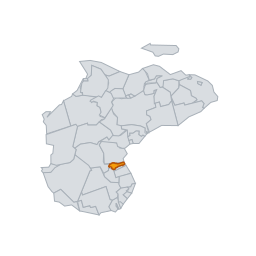 Africa, with Benin highlighted, rotated 254°
{"feature_id": "BEN", "entity_name": "Benin", "entity_type": "country or territory", "adm_level": 0, "iso_a3": "BEN", "parent_name": "Africa", "parent_adm1": "", "projection": "natural_earth1", "projection_center": [2.346, 9.3], "detail": "fine", "context": "in_parent", "style": "filled", "palette": "amber", "viewbox_px": 256, "rotation_deg": 254, "n_neighbors": 49, "source": "natural_earth", "source_scale": "50m", "svg_char_len": 11202}
<svg xmlns="http://www.w3.org/2000/svg" viewBox="0 0 256 256"><g transform="rotate(254 128 128)"><path d="M167.1,133.9L179.0,143.6L178.8,153.6L181.2,158.4L179.3,160.0L168.1,161.6L166.4,156.1L159.7,153.3L157.2,148.5L156.7,143.2L159.9,140.2L159.2,134.3L167.1,133.9Z" fill="#d9dde1" stroke="#a8b0b8" stroke-width="1"/><path d="M71.4,59.3L71.3,63.3L64.1,63.1L63.9,69.9L61.9,70.1L61.6,75.3L52.4,76.2L61.7,58.6L71.4,59.3Z" fill="#d9dde1" stroke="#a8b0b8" stroke-width="1"/><path d="M156.7,143.2L159.7,153.3L155.1,153.7L154.1,162.3L156.9,163.3L157.0,166.2L151.4,161.8L140.2,160.5L139.3,150.5L135.6,149.6L133.2,152.3L129.7,152.5L127.1,146.8L117.8,146.6L121.0,143.2L123.2,144.4L126.5,140.6L130.2,132.5L132.2,120.3L134.3,118.2L140.9,120.8L148.3,117.6L152.2,117.6L154.6,120.1L157.5,119.3L160.9,125.6L157.9,129.8L156.7,143.2Z" fill="#d9dde1" stroke="#a8b0b8" stroke-width="1"/><path d="M184.5,135.8L183.1,124.1L185.6,120.3L192.0,118.2L198.2,110.4L188.9,107.3L186.2,103.6L187.5,101.3L190.9,104.0L205.3,99.8L203.4,110.2L198.4,120.3L184.5,135.8Z" fill="#d9dde1" stroke="#a8b0b8" stroke-width="1"/><path d="M179.0,143.6L167.1,133.9L169.6,126.4L167.2,120.2L170.1,116.9L176.6,121.9L185.0,121.1L183.1,124.1L184.5,135.8L179.0,143.6Z" fill="#d9dde1" stroke="#a8b0b8" stroke-width="1"/><path d="M145.7,109.8L144.0,108.6L143.2,107.9L143.4,104.9L139.6,98.3L141.9,90.2L143.8,90.4L143.3,78.8L145.9,78.8L145.7,73.5L172.0,73.5L173.9,82.5L176.0,84.1L172.7,86.8L171.8,95.8L167.5,103.5L167.0,108.6L164.0,99.2L161.0,105.6L157.9,104.4L155.6,106.7L150.6,106.5L146.8,104.4L144.2,108.7L145.7,109.8Z" fill="#d9dde1" stroke="#a8b0b8" stroke-width="1"/><path d="M143.4,79.9L143.8,90.4L141.9,90.2L139.6,98.3L141.8,102.1L130.8,110.7L124.7,111.9L121.7,106.3L125.1,105.2L123.0,96.4L120.6,93.6L124.4,87.7L125.6,77.8L123.2,71.2L125.4,69.8L143.4,79.9Z" fill="#d9dde1" stroke="#a8b0b8" stroke-width="1"/><path d="M126.0,206.6L127.1,205.3L130.6,207.8L133.8,206.3L134.1,196.5L136.1,202.0L137.7,201.7L141.6,197.8L146.8,198.4L155.5,189.4L159.4,189.9L160.7,195.5L160.3,199.4L158.5,199.1L157.6,201.7L158.8,203.2L162.3,201.7L160.6,207.0L151.2,217.7L145.7,220.8L138.9,220.5L133.4,223.0L129.8,221.3L129.8,214.7L126.0,206.6ZM153.5,207.6L151.5,207.3L149.0,210.0L151.3,211.8L153.5,207.6Z" fill="#d9dde1" stroke="#a8b0b8" stroke-width="1"/><path d="M153.5,207.6L151.3,211.8L149.0,210.0L151.5,207.3L153.5,207.6Z" fill="#d9dde1" stroke="#a8b0b8" stroke-width="1"/><path d="M159.4,189.9L152.5,187.8L146.7,178.0L150.7,178.5L158.1,172.1L163.8,175.3L162.9,184.7L159.4,189.9Z" fill="#d9dde1" stroke="#a8b0b8" stroke-width="1"/><path d="M155.5,189.4L146.8,198.4L141.6,197.8L137.7,201.7L136.1,202.0L134.1,196.5L134.4,188.8L136.6,188.7L136.9,179.3L146.7,178.0L152.5,187.8L155.5,189.4Z" fill="#d9dde1" stroke="#a8b0b8" stroke-width="1"/><path d="M134.4,188.8L133.8,206.3L130.6,207.8L127.1,205.3L126.0,206.6L123.7,202.6L121.9,189.5L116.5,176.8L146.3,177.5L136.9,179.3L136.6,188.7L134.4,188.8Z" fill="#d9dde1" stroke="#a8b0b8" stroke-width="1"/><path d="M52.6,95.7L50.7,92.7L54.1,88.1L57.6,87.8L62.9,93.0L64.3,98.7L52.7,98.9L52.3,96.8L59.1,95.9L52.6,95.7Z" fill="#d9dde1" stroke="#a8b0b8" stroke-width="1"/><path d="M64.3,98.7L62.9,93.0L64.1,91.0L77.8,90.7L76.1,65.7L79.5,65.7L97.3,79.6L97.3,81.3L99.8,81.0L98.4,90.5L87.8,92.0L81.2,96.0L78.0,104.1L72.1,104.6L69.7,99.1L67.3,100.3L64.3,98.7Z" fill="#d9dde1" stroke="#a8b0b8" stroke-width="1"/><path d="M52.4,76.2L61.6,75.3L61.9,70.1L63.9,69.9L64.1,63.1L71.3,63.3L71.4,59.3L79.5,65.7L76.1,65.7L77.8,90.7L64.1,91.0L62.9,93.0L57.6,87.8L53.3,89.0L54.0,78.6L52.4,76.2Z" fill="#d9dde1" stroke="#a8b0b8" stroke-width="1"/><path d="M123.2,71.2L125.6,77.8L124.4,87.7L120.6,93.6L123.0,96.4L122.1,98.6L119.6,95.7L110.5,97.7L102.5,95.0L99.5,95.8L98.3,100.8L92.5,97.6L91.1,92.2L98.4,90.5L99.8,81.0L116.8,69.6L121.6,72.2L123.2,71.2Z" fill="#d9dde1" stroke="#a8b0b8" stroke-width="1"/><path d="M96.3,114.9L100.0,95.3L110.5,97.7L119.6,95.7L123.0,99.6L116.8,113.0L111.1,114.5L109.4,118.8L103.5,120.2L100.0,114.9L96.3,114.9Z" fill="#d9dde1" stroke="#a8b0b8" stroke-width="1"/><path d="M122.8,97.6L125.1,105.2L121.7,106.3L125.1,111.2L123.0,118.9L126.3,126.8L112.0,125.4L109.4,119.6L110.0,117.0L113.1,112.9L116.8,113.0L122.8,97.6Z" fill="#d9dde1" stroke="#a8b0b8" stroke-width="1"/><path d="M92.2,102.5L94.4,115.2L92.6,115.8L90.1,103.3L92.2,102.5Z" fill="#d9dde1" stroke="#a8b0b8" stroke-width="1"/><path d="M90.3,102.4L92.6,115.8L83.7,118.3L83.6,102.6L90.3,102.4Z" fill="#d9dde1" stroke="#a8b0b8" stroke-width="1"/><path d="M72.1,104.6L76.2,103.7L83.8,106.1L83.7,118.3L72.7,119.9L73.0,116.4L70.7,114.4L72.1,104.6Z" fill="#d9dde1" stroke="#a8b0b8" stroke-width="1"/><path d="M59.4,98.3L67.3,100.3L69.7,99.1L72.1,104.6L71.5,111.2L69.3,112.2L68.1,109.0L66.4,109.5L65.1,105.0L60.3,108.0L56.1,102.4L59.4,98.3Z" fill="#d9dde1" stroke="#a8b0b8" stroke-width="1"/><path d="M52.7,98.9L59.4,98.3L59.2,100.4L56.1,102.4L52.7,98.9Z" fill="#d9dde1" stroke="#a8b0b8" stroke-width="1"/><path d="M71.1,111.2L70.7,114.4L73.0,116.4L72.7,119.9L64.3,113.6L67.1,109.3L69.3,112.2L71.1,111.2Z" fill="#d9dde1" stroke="#a8b0b8" stroke-width="1"/><path d="M60.3,108.0L65.1,105.0L67.1,109.3L64.3,113.6L60.3,108.0Z" fill="#d9dde1" stroke="#a8b0b8" stroke-width="1"/><path d="M78.0,104.1L80.6,96.6L87.8,92.0L91.1,92.2L92.5,97.6L95.1,98.2L92.2,102.5L83.6,102.6L83.8,106.1L78.0,104.1Z" fill="#d9dde1" stroke="#a8b0b8" stroke-width="1"/><path d="M152.2,117.6L145.5,118.0L140.9,120.8L134.3,118.2L132.0,122.2L129.0,121.6L126.5,125.4L122.9,117.1L124.7,111.9L130.8,110.7L141.8,102.1L143.2,107.9L152.2,117.6Z" fill="#d9dde1" stroke="#a8b0b8" stroke-width="1"/><path d="M132.0,122.2L130.2,132.5L126.5,140.6L123.2,144.4L118.8,143.0L117.2,144.6L115.3,141.8L117.0,140.4L116.2,138.6L118.7,136.5L121.9,137.8L122.9,134.9L121.6,131.3L122.5,128.2L120.3,127.9L119.8,125.4L126.3,126.8L129.0,121.6L132.0,122.2Z" fill="#d9dde1" stroke="#a8b0b8" stroke-width="1"/><path d="M115.7,125.4L119.5,125.3L120.3,127.9L122.5,128.2L121.6,131.3L122.9,134.9L121.9,137.8L118.7,136.5L116.2,138.6L117.0,140.4L115.3,141.8L110.1,134.3L111.7,128.7L115.8,128.6L115.7,125.4Z" fill="#d9dde1" stroke="#a8b0b8" stroke-width="1"/><path d="M112.0,125.4L115.7,125.4L115.8,128.6L111.7,128.7L112.0,125.4Z" fill="#d9dde1" stroke="#a8b0b8" stroke-width="1"/><path d="M159.7,153.3L165.2,156.8L163.7,167.4L164.9,168.1L158.0,170.2L158.1,172.1L150.7,178.5L142.1,177.4L139.3,173.6L139.6,165.2L144.3,165.3L144.1,160.0L151.4,161.8L157.0,166.2L156.9,163.3L154.1,162.3L154.5,155.4L155.7,153.4L159.7,153.3Z" fill="#d9dde1" stroke="#a8b0b8" stroke-width="1"/><path d="M164.2,155.6L167.6,158.0L167.9,167.0L170.4,169.7L168.7,175.5L167.6,169.7L163.7,167.4L165.8,159.0L164.2,155.6Z" fill="#d9dde1" stroke="#a8b0b8" stroke-width="1"/><path d="M168.1,161.6L174.7,161.7L181.2,158.4L181.8,169.9L178.6,175.3L167.7,183.4L168.5,194.8L162.9,198.1L162.3,201.7L160.6,201.7L159.4,189.9L162.9,184.7L163.8,175.3L158.2,173.1L158.0,170.2L164.9,168.1L167.6,169.7L168.7,175.5L170.4,169.7L167.9,167.0L168.1,161.6Z" fill="#d9dde1" stroke="#a8b0b8" stroke-width="1"/><path d="M160.6,201.7L158.8,203.2L157.6,201.7L158.5,199.1L160.6,201.7Z" fill="#d9dde1" stroke="#a8b0b8" stroke-width="1"/><path d="M117.2,144.6L118.8,144.5L117.8,146.6L117.2,144.6ZM118.1,147.4L127.1,146.8L129.7,152.5L133.2,152.3L135.6,149.6L139.3,150.5L140.2,160.5L144.4,160.9L144.3,165.3L139.6,165.2L139.3,173.6L142.1,177.4L116.5,176.8L121.2,161.0L118.1,147.4Z" fill="#d9dde1" stroke="#a8b0b8" stroke-width="1"/><path d="M159.3,137.7L159.9,140.2L156.7,143.2L156.0,138.8L159.3,137.7Z" fill="#d9dde1" stroke="#a8b0b8" stroke-width="1"/><path d="M201.0,163.0L203.2,172.6L201.6,172.6L194.0,197.0L190.1,198.7L187.3,197.1L186.2,191.3L189.3,182.4L188.5,177.1L189.8,174.0L194.0,172.8L201.0,163.0Z" fill="#d9dde1" stroke="#a8b0b8" stroke-width="1"/><path d="M52.3,96.8L56.3,94.9L59.1,95.9L52.3,96.8Z" fill="#d9dde1" stroke="#a8b0b8" stroke-width="1"/><path d="M111.0,51.6L106.6,41.6L108.4,34.1L110.6,33.0L112.1,34.6L113.9,33.7L112.2,41.0L115.1,44.1L111.0,51.6Z" fill="#d9dde1" stroke="#a8b0b8" stroke-width="1"/><path d="M71.4,59.3L71.5,55.5L87.6,46.4L85.9,38.7L87.9,37.3L93.6,35.0L108.4,34.1L106.6,41.6L110.0,46.8L111.7,53.9L110.8,62.7L113.0,67.2L116.8,69.6L102.9,79.9L97.3,81.3L97.3,79.6L71.4,59.3Z" fill="#d9dde1" stroke="#a8b0b8" stroke-width="1"/><path d="M172.0,93.5L172.7,86.8L176.0,84.1L178.2,89.5L187.2,98.0L185.6,98.4L180.1,93.2L172.0,93.5Z" fill="#d9dde1" stroke="#a8b0b8" stroke-width="1"/><path d="M61.7,58.6L69.6,52.6L70.4,45.6L75.7,41.5L77.9,37.2L85.9,38.7L87.6,46.4L71.5,55.5L71.4,58.6L61.7,58.6Z" fill="#d9dde1" stroke="#a8b0b8" stroke-width="1"/><path d="M172.0,73.5L145.7,73.5L144.8,48.2L153.0,50.1L157.3,48.3L159.6,49.9L164.5,49.2L166.3,53.7L165.0,58.1L160.6,53.0L169.1,68.4L168.9,70.6L172.0,73.5Z" fill="#d9dde1" stroke="#a8b0b8" stroke-width="1"/><path d="M144.2,47.4L145.9,78.8L143.4,79.9L125.4,69.8L121.6,72.2L113.0,67.2L110.8,62.7L111.9,48.8L115.1,44.1L123.3,46.4L124.4,48.8L131.8,51.7L135.3,45.2L144.2,47.4Z" fill="#d9dde1" stroke="#a8b0b8" stroke-width="1"/><path d="M198.2,110.4L192.0,118.2L179.8,122.4L172.1,119.7L164.7,110.9L172.0,93.5L174.7,94.0L175.3,92.1L183.8,96.0L185.6,98.4L184.4,102.4L186.7,102.7L188.9,107.3L198.2,110.4Z" fill="#d9dde1" stroke="#a8b0b8" stroke-width="1"/><path d="M185.6,98.4L187.8,98.8L186.7,102.7L184.4,102.4L185.6,98.4Z" fill="#d9dde1" stroke="#a8b0b8" stroke-width="1"/><path d="M167.1,133.9L157.2,134.9L161.0,121.4L167.2,120.2L168.3,122.0L169.6,126.4L167.1,133.9Z" fill="#d9dde1" stroke="#a8b0b8" stroke-width="1"/><path d="M159.2,134.3L159.9,137.4L156.0,138.8L156.6,135.6L159.2,134.3Z" fill="#d9dde1" stroke="#a8b0b8" stroke-width="1"/><path d="M160.1,122.2L157.5,119.3L153.6,119.8L144.2,108.7L148.4,104.0L150.6,106.5L155.6,106.7L157.9,104.4L161.0,105.6L163.3,102.3L162.5,99.9L165.0,99.4L167.0,108.6L164.7,110.9L170.1,116.9L165.9,121.4L160.1,122.2Z" fill="#d9dde1" stroke="#a8b0b8" stroke-width="1"/><path d="M93.9,115.1L94.2,114.8L94.1,114.5L93.9,114.1L93.8,113.8L93.8,113.7L93.8,113.3L93.6,113.0L93.9,113.0L93.9,112.0L93.9,111.1L93.9,110.3L93.9,109.7L93.8,108.9L93.8,108.3L93.8,107.6L93.7,107.4L93.4,107.0L93.3,106.8L93.3,106.5L93.2,106.3L93.2,105.8L93.2,105.2L92.8,104.9L92.4,104.5L92.0,104.2L91.9,104.1L92.0,103.3L92.1,103.1L92.2,102.8L92.2,102.5L92.3,102.5L92.4,102.4L92.5,102.3L92.6,102.2L92.8,102.0L92.8,101.9L93.0,101.8L93.2,101.7L93.3,101.5L93.3,101.4L93.6,101.3L93.8,101.4L94.4,101.3L94.7,101.4L95.2,100.8L95.4,100.7L95.5,100.3L95.6,100.1L95.6,99.9L95.5,99.4L95.8,99.2L96.1,99.1L96.4,98.9L96.5,98.9L97.3,99.6L97.6,99.9L97.6,100.1L97.8,100.2L98.0,100.3L98.3,100.7L98.2,100.8L98.1,101.2L98.1,101.5L98.4,102.0L98.5,102.2L98.6,102.3L98.6,102.6L98.6,102.9L98.7,103.1L98.8,103.4L98.8,103.5L98.7,104.0L98.4,104.0L98.3,104.3L98.4,104.7L98.3,105.1L98.2,105.4L98.0,105.5L97.9,105.5L97.7,105.7L97.7,106.0L97.5,106.3L97.3,106.4L97.3,106.6L97.3,106.9L97.2,107.3L97.1,107.5L96.7,107.6L96.4,108.3L96.4,108.8L96.3,109.2L96.3,109.4L96.3,109.7L96.3,110.2L96.3,110.7L96.3,110.8L96.3,111.1L96.3,111.4L96.4,111.6L96.5,111.7L96.5,111.8L96.4,111.9L96.4,112.0L96.4,112.6L96.4,112.8L96.3,113.0L96.4,113.4L96.4,113.6L96.5,113.8L96.4,113.9L96.4,114.1L96.3,114.5L95.4,114.8L94.3,114.9L93.9,115.1Z" fill="#f59e0b" stroke="#b45309" stroke-width="1.5"/></g></svg>